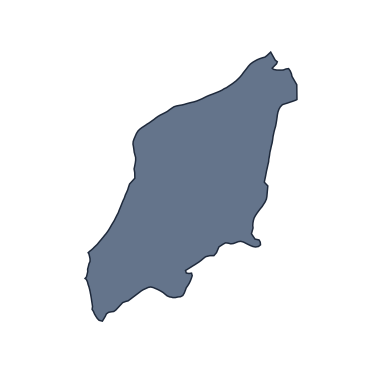 Aslam, Hajjah, Yemen (Albers equal-area conic projection), rotated 57°
{"feature_id": "15242507B36700459789736", "entity_name": "Aslam", "entity_type": "district", "adm_level": 2, "iso_a3": "YEM", "parent_name": "Yemen", "parent_adm1": "Hajjah", "projection": "albers", "projection_center": [43.295, 16.059], "detail": "fine", "context": "isolated", "style": "filled", "palette": "slate", "viewbox_px": 384, "rotation_deg": 57, "n_neighbors": 0, "source": "geoboundaries", "source_scale": "gbopen_adm2", "svg_char_len": 3703}
<svg xmlns="http://www.w3.org/2000/svg" viewBox="0 0 384 384"><g transform="rotate(57 192 192)"><path d="M186.4,312.2L187.2,312.0L189.9,312.9L192.5,313.9L194.7,315.3L196.1,317.5L198.1,319.6L199.9,321.6L202.1,322.9L203.8,324.7L205.7,326.7L206.3,328.8L207.7,328.2L210.4,328.6L213.0,329.5L215.5,330.1L217.9,330.9L220.3,331.8L221.7,332.4L223.0,332.9L225.5,334.0L226.0,334.2L228.6,335.4L231.3,336.6L233.9,337.8L236.0,339.7L237.0,339.7L238.6,339.7L241.2,340.2L243.5,340.3L243.8,340.3L246.4,340.3L249.0,339.8L251.5,337.5L250.2,334.8L248.9,332.2L247.6,330.2L247.5,327.4L248.5,325.0L249.6,322.7L249.5,320.2L247.0,310.4L247.7,307.2L248.5,304.9L247.9,296.3L247.6,292.2L247.3,288.3L247.4,285.8L247.8,283.3L248.2,280.6L248.7,279.4L249.2,278.3L251.1,276.5L253.2,275.1L255.3,273.7L257.8,272.3L260.7,270.9L261.1,270.8L263.1,270.2L265.6,269.4L267.9,267.8L269.0,266.5L270.1,265.6L271.5,263.4L272.4,260.9L273.6,258.6L273.8,256.1L272.5,253.5L270.8,251.1L269.2,249.0L268.4,247.0L268.2,246.5L267.0,244.0L265.6,241.7L264.0,239.5L262.3,237.4L259.8,236.6L258.7,238.9L256.9,240.9L254.3,240.2L254.4,231.9L254.5,229.3L254.5,226.7L254.5,224.2L254.3,221.4L253.9,218.5L253.7,215.8L254.2,214.3L255.1,211.7L257.3,208.3L257.0,207.2L256.2,204.5L252.7,199.3L252.7,196.8L252.7,194.2L252.9,191.6L254.6,189.5L256.6,187.7L257.3,186.3L257.7,185.5L258.3,182.9L258.8,180.4L259.9,178.0L262.0,176.1L264.3,174.8L266.7,173.4L268.8,172.1L270.9,170.6L272.7,168.7L273.9,165.9L273.6,163.3L271.3,162.1L270.4,162.0L268.7,161.9L265.8,164.8L259.4,164.9L255.4,160.4L253.2,159.3L251.1,157.7L249.2,155.9L247.6,154.0L246.3,151.6L245.2,149.1L244.2,146.5L243.3,144.0L242.4,141.1L241.3,138.7L240.1,136.0L238.9,134.2L238.6,133.6L236.6,131.7L228.2,125.1L223.2,126.0L222.7,125.6L220.8,123.7L219.0,121.9L216.9,119.9L214.8,117.9L213.0,116.0L210.6,113.6L208.4,111.3L206.3,109.7L205.7,109.1L203.8,107.3L201.2,105.1L198.7,102.5L196.7,100.5L194.6,98.2L192.2,96.0L190.2,94.3L189.9,94.1L187.9,92.1L185.9,90.1L184.1,88.1L182.4,86.1L180.3,84.1L178.0,82.0L175.7,80.0L173.7,78.3L171.7,76.3L170.0,74.1L168.7,71.6L168.0,68.6L168.6,66.2L169.4,63.5L170.1,60.6L170.8,58.0L171.5,54.9L171.6,53.6L159.1,45.7L149.5,45.2L146.9,44.2L144.0,43.7L141.1,43.8L140.0,46.2L139.4,49.0L138.1,51.2L135.9,54.5L133.5,56.9L131.8,57.3L130.5,51.3L129.2,49.5L126.8,50.4L117.5,49.8L118.4,54.8L118.6,57.4L117.8,59.8L117.1,62.5L116.6,65.2L116.4,67.9L116.3,70.5L116.5,73.3L117.2,76.1L118.3,79.1L119.1,81.5L119.9,83.9L120.9,86.4L121.8,89.4L122.4,92.4L122.9,95.1L122.9,95.7L123.1,97.9L123.2,100.4L123.2,103.5L123.3,106.2L122.9,108.8L122.9,111.3L122.6,113.8L122.1,116.5L121.5,119.5L121.0,121.9L120.4,124.5L119.9,127.3L119.6,129.7L119.3,132.7L118.8,135.6L118.3,138.3L117.5,141.2L116.5,143.9L115.6,146.5L114.7,149.4L114.5,150.2L113.6,152.9L112.5,155.4L111.4,158.1L110.7,160.7L110.7,163.2L110.8,166.1L111.0,168.8L110.8,171.5L110.5,174.2L110.2,176.8L110.1,179.5L110.2,182.1L110.5,184.8L110.5,186.5L110.6,187.6L110.7,190.4L110.6,193.0L110.7,194.6L110.7,196.1L110.7,199.0L110.9,201.6L111.4,204.0L112.6,206.6L114.1,208.9L115.7,211.3L115.9,211.6L117.6,213.8L119.7,215.4L122.1,216.4L124.5,217.5L127.2,218.8L129.1,219.4L129.6,219.6L132.2,220.4L134.6,221.9L136.7,223.7L138.9,225.8L141.1,228.0L144.6,229.5L149.3,232.4L151.3,240.0L153.1,242.3L155.2,244.8L156.9,247.4L158.2,249.5L159.0,250.5L159.8,251.5L160.9,253.1L161.2,253.7L162.6,255.8L164.3,258.2L166.2,260.9L167.7,263.1L168.7,264.4L169.4,265.4L170.7,267.8L172.1,270.2L173.5,272.5L174.6,274.8L175.9,277.5L177.1,279.8L178.3,282.2L179.3,284.5L180.3,287.2L180.9,289.4L181.1,289.7L181.9,292.3L182.7,294.8L182.8,295.3L183.5,297.5L184.3,299.9L184.8,302.5L185.2,304.7L185.4,305.3L185.8,307.8L186.0,310.3L186.4,312.2Z" fill="#64748b" stroke="#1e293b" stroke-width="1.5"/></g></svg>